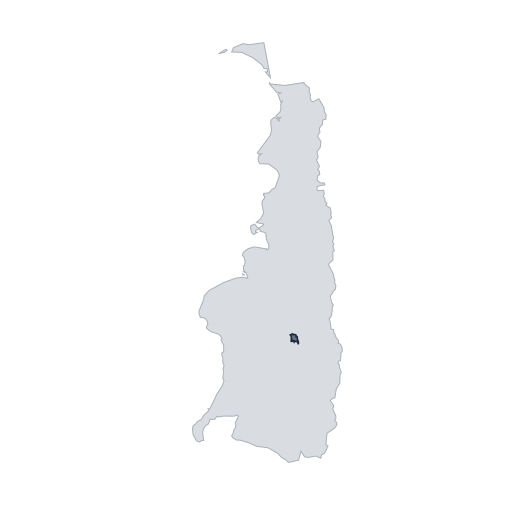 location of Coronel Pringles, San Luis, Argentina, rotated 169°
{"feature_id": "61730980B39626183389698", "entity_name": "Coronel Pringles", "entity_type": "district", "adm_level": 2, "iso_a3": "ARG", "parent_name": "Argentina", "parent_adm1": "San Luis", "projection": "mercator", "projection_center": [-66.019, -33.04], "detail": "fine", "context": "in_parent", "style": "filled", "palette": "slate", "viewbox_px": 512, "rotation_deg": 169, "n_neighbors": 0, "source": "geoboundaries", "source_scale": "gbopen_adm2", "svg_char_len": 5363}
<svg xmlns="http://www.w3.org/2000/svg" viewBox="0 0 512 512"><g transform="rotate(169 256 256)"><path d="M313.9,135.0L311.3,139.5L311.9,142.5L309.6,149.6L310.2,151.1L308.3,154.5L308.9,158.2L308.0,161.8L308.4,166.3L307.7,167.7L306.0,168.0L304.8,174.4L306.3,180.5L305.0,181.7L307.4,186.3L314.4,190.2L318.1,194.2L318.2,195.9L316.3,198.5L316.1,200.6L317.2,203.5L319.0,205.3L322.4,206.4L322.9,210.6L322.3,213.2L315.9,222.8L314.4,226.9L308.4,231.2L292.5,236.2L280.1,238.1L273.1,237.7L268.4,235.7L268.8,241.2L271.1,242.8L269.9,242.9L270.9,243.9L270.3,248.4L268.8,249.3L267.7,253.1L267.8,256.4L269.2,259.2L267.8,261.9L262.4,264.7L256.0,265.3L244.2,260.9L244.6,260.2L244.0,259.9L242.1,260.8L241.3,264.6L242.6,270.5L242.2,275.7L242.9,277.5L247.2,279.4L246.9,281.5L248.3,281.8L251.4,281.3L251.8,279.6L250.2,279.0L254.3,277.6L255.9,279.8L256.0,285.2L255.3,286.6L252.0,287.6L251.1,287.4L249.2,283.6L247.7,282.8L243.0,284.8L242.5,286.0L249.3,288.8L244.3,291.7L240.3,296.7L240.2,306.2L239.3,308.9L236.5,311.3L236.0,313.2L237.0,314.2L236.6,316.0L231.3,315.5L227.5,318.4L224.1,319.4L217.7,330.4L218.6,335.8L225.7,343.7L234.5,345.9L235.6,348.5L235.3,351.7L234.2,353.6L231.0,355.4L233.8,355.4L235.0,357.0L219.0,371.7L216.9,376.0L216.0,385.1L214.7,387.0L211.4,388.8L209.2,386.9L207.5,383.5L207.5,386.3L204.5,387.3L208.1,387.4L209.8,389.6L204.8,393.0L203.4,396.0L202.8,400.3L200.8,402.8L202.3,402.2L203.7,410.8L199.8,411.3L204.6,412.8L210.1,422.6L209.6,423.4L209.5,422.3L195.0,417.9L175.7,417.2L175.9,415.9L171.5,410.7L172.5,406.9L171.8,403.8L172.7,401.0L172.1,397.5L170.5,396.4L164.3,398.4L161.0,389.1L161.3,384.1L160.2,381.0L161.3,377.0L164.5,376.8L165.5,372.6L169.5,369.4L169.6,365.4L172.0,363.2L172.6,361.2L170.4,356.1L172.1,350.6L176.3,346.5L176.0,341.3L178.3,338.7L176.6,331.9L178.9,329.0L177.8,327.4L177.8,323.9L180.1,322.9L181.6,319.1L179.3,315.7L175.0,314.6L174.8,312.8L182.5,312.7L183.5,310.0L183.0,308.4L177.1,307.6L177.2,303.9L178.5,301.5L177.4,299.2L177.8,297.0L176.3,293.8L177.8,292.3L174.0,289.1L174.0,283.6L174.9,282.3L174.4,279.4L177.8,276.7L176.3,271.6L176.6,261.9L176.1,259.4L178.2,255.4L177.2,252.9L178.7,250.9L178.1,246.1L179.8,245.7L181.2,237.4L185.5,234.9L186.4,233.3L183.4,223.0L183.7,219.1L183.1,217.4L183.9,215.1L183.2,211.9L184.5,208.0L187.4,206.5L187.7,205.2L190.8,202.5L190.6,196.1L189.3,192.9L190.9,191.7L191.9,186.8L194.1,181.8L196.1,180.9L195.7,175.2L196.4,170.0L193.8,169.1L194.4,165.4L193.5,164.5L193.0,160.7L191.3,157.4L191.2,155.8L192.2,154.9L190.3,153.6L189.0,150.5L189.3,147.6L189.6,145.7L191.7,144.3L191.3,143.0L193.0,137.2L195.1,136.9L196.1,134.8L195.0,133.8L195.3,130.3L194.4,125.4L196.3,123.0L197.9,115.4L202.6,110.1L205.7,101.7L208.2,101.6L210.8,99.8L208.2,94.3L209.9,90.9L208.1,83.8L208.7,81.2L210.2,79.6L208.5,76.9L209.0,74.7L211.5,72.2L220.1,68.4L223.4,57.6L221.6,55.7L226.3,49.4L229.6,48.3L231.0,45.1L235.3,48.2L242.8,48.3L246.5,49.5L249.2,55.8L253.1,47.5L263.5,47.1L265.6,50.2L269.5,53.5L272.3,58.2L280.9,65.5L291.9,69.1L298.7,74.0L306.6,78.2L310.5,79.2L313.5,82.1L314.2,84.3L312.4,86.1L311.1,89.4L309.0,91.2L308.1,93.4L308.2,96.1L304.1,101.5L304.3,103.4L308.5,103.0L318.6,105.1L323.5,105.1L325.1,106.0L327.8,103.5L332.1,104.5L334.8,100.2L337.6,99.3L340.6,96.3L342.1,92.6L342.6,84.8L344.3,85.3L347.1,84.2L349.6,85.8L351.8,92.4L351.3,98.8L350.1,101.4L347.1,102.8L345.4,104.6L340.6,106.0L338.0,109.4L332.0,113.1L332.3,115.1L330.4,114.9L320.3,128.4L313.9,135.0ZM207.6,463.9L207.8,428.1L211.6,434.9L209.7,434.5L209.2,437.8L212.3,438.5L213.8,442.7L220.7,450.6L230.9,458.6L241.0,461.0L238.2,464.9L228.2,466.9L222.3,464.7L207.6,463.9ZM245.1,463.4L248.1,462.0L254.1,461.7L246.2,464.7L245.1,463.4ZM272.5,239.9L272.4,241.0L270.7,239.2L272.5,239.9Z" fill="#d9dde1" stroke="#a8b0b8" stroke-width="1"/><path d="M237.8,165.5L237.6,165.4L237.4,165.4L237.2,165.3L236.9,165.3L236.8,165.5L236.8,165.8L236.7,165.9L236.6,166.0L236.4,166.1L236.2,166.1L235.8,165.9L235.9,165.7L235.7,165.4L235.6,165.2L235.4,165.0L235.3,164.9L235.2,164.8L235.2,164.7L234.9,164.7L234.7,164.6L234.7,164.4L234.6,164.5L234.5,164.8L234.4,165.0L234.2,164.9L234.2,165.0L234.1,164.9L233.9,164.9L233.7,164.8L233.7,164.7L233.4,164.7L233.2,164.6L233.0,164.4L232.9,164.4L232.7,164.4L232.4,164.4L232.2,164.2L231.9,164.0L231.7,163.9L231.5,163.7L231.6,163.4L231.7,163.2L231.7,162.9L231.6,162.7L231.3,162.8L231.4,162.7L231.4,162.4L231.3,162.2L231.2,162.0L231.2,161.9L231.0,162.0L230.9,162.2L230.9,162.3L230.8,162.5L230.9,162.8L230.9,163.0L230.9,163.3L230.8,163.5L231.1,163.7L231.0,163.9L231.0,164.1L231.0,164.3L230.9,164.5L231.0,164.7L230.9,164.8L231.0,164.9L231.0,165.0L231.0,165.8L231.3,165.9L231.3,166.2L231.3,166.5L231.3,166.8L231.2,166.8L231.1,167.0L231.1,167.3L231.1,167.5L231.1,168.3L231.0,168.5L230.9,168.7L231.4,169.5L231.8,169.5L232.1,169.3L232.1,169.7L232.1,169.8L232.0,170.6L232.0,170.8L231.9,170.9L232.1,171.2L232.3,171.1L232.6,171.1L235.1,172.6L235.1,171.8L235.3,171.9L235.4,172.0L235.5,172.1L235.8,172.1L237.4,172.2L237.4,171.8L237.4,171.7L237.2,171.4L237.2,171.2L237.0,170.9L236.9,170.7L236.8,170.4L236.8,170.2L236.8,169.9L236.8,169.7L236.7,169.5L236.7,169.4L236.8,169.3L236.8,169.2L237.0,169.0L237.0,168.9L236.9,168.7L237.0,168.4L236.9,168.3L236.8,168.0L236.9,167.7L236.9,167.4L237.3,167.4L237.3,167.2L237.4,166.9L237.2,166.9L237.2,166.4L237.3,166.4L237.3,166.1L237.6,165.9L237.8,165.8L237.8,165.7L237.8,165.5Z" fill="#64748b" stroke="#1e293b" stroke-width="1.5"/></g></svg>